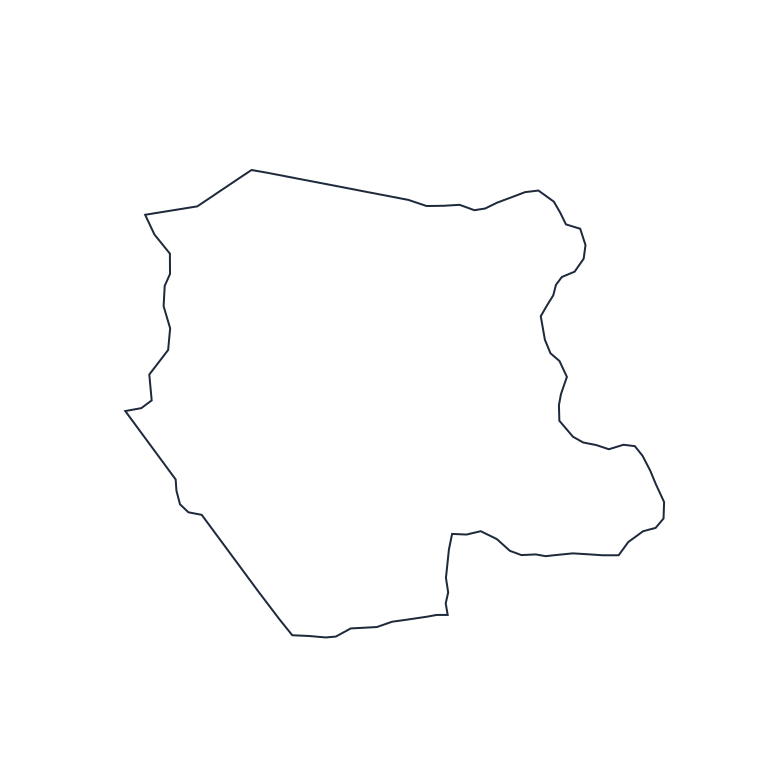 the district of Campo Limpo de Goiás, Goiás, Brazil, rotated 334°
{"feature_id": "56859067B68414338718028", "entity_name": "Campo Limpo de Goiás", "entity_type": "district", "adm_level": 2, "iso_a3": "BRA", "parent_name": "Brazil", "parent_adm1": "Goiás", "projection": "equal_earth", "projection_center": [-49.088, -16.284], "detail": "fine", "context": "isolated", "style": "outline", "palette": "slate", "viewbox_px": 768, "rotation_deg": 334, "n_neighbors": 0, "source": "geoboundaries", "source_scale": "gbopen_adm2", "svg_char_len": 1294}
<svg xmlns="http://www.w3.org/2000/svg" viewBox="0 0 768 768"><g transform="rotate(334 384 384)"><path d="M243.5,127.2L243.2,149.0L248.7,173.0L239.9,191.3L229.9,199.7L220.0,217.5L216.2,240.2L204.9,258.8L177.2,272.6L168.0,296.9L155.3,299.3L139.6,294.9L154.9,378.5L150.7,388.8L147.9,402.7L152.0,413.6L162.8,421.7L180.0,514.9L186.9,549.8L191.4,569.6L206.3,577.7L220.4,586.2L230.0,589.9L246.9,589.1L271.0,599.3L287.0,601.2L300.8,605.7L321.0,612.1L330.0,614.6L340.0,619.5L343.3,608.2L350.3,599.5L354.7,585.4L369.8,561.2L379.5,548.6L392.2,555.5L406.4,558.7L417.4,572.8L424.0,589.1L432.5,598.0L445.7,603.7L453.8,609.6L463.0,612.9L479.5,619.0L495.2,627.9L505.1,633.6L519.8,640.8L534.3,633.1L552.4,629.9L565.1,632.4L576.3,627.4L584.0,612.9L584.4,593.6L585.3,578.5L584.9,561.9L582.2,549.8L572.6,543.6L557.5,541.2L548.1,532.0L537.3,523.8L530.7,514.2L525.5,493.9L532.0,479.6L538.6,470.7L551.5,457.8L551.8,440.3L547.1,429.4L548.0,414.8L554.6,391.8L565.6,384.4L575.0,378.5L582.0,370.3L590.7,365.8L604.6,366.6L618.4,358.9L626.0,347.5L628.4,330.5L617.5,320.3L617.5,307.5L616.6,294.6L607.6,277.8L594.9,273.4L565.1,270.6L551.8,270.6L541.4,267.4L530.5,256.1L515.6,249.9L500.3,242.7L486.7,229.3L370.1,141.8L358.7,133.6L343.6,135.6L294.1,142.5L243.5,127.2Z" fill="none" stroke="#1e293b" stroke-width="2"/></g></svg>